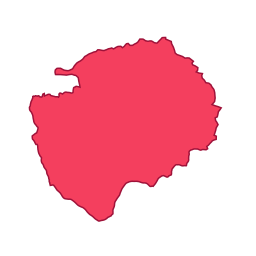 Buret, Rift Valley, Kenya (orthographic projection), rotated 76°
{"feature_id": "3690345B45419695798591", "entity_name": "Buret", "entity_type": "district", "adm_level": 2, "iso_a3": "KEN", "parent_name": "Kenya", "parent_adm1": "Rift Valley", "projection": "orthographic", "projection_center": [35.137, -0.558], "detail": "fine", "context": "isolated", "style": "filled", "palette": "rose", "viewbox_px": 256, "rotation_deg": 76, "n_neighbors": 0, "source": "geoboundaries", "source_scale": "gbopen_adm2", "svg_char_len": 5831}
<svg xmlns="http://www.w3.org/2000/svg" viewBox="0 0 256 256"><g transform="rotate(76 128 128)"><path d="M79.1,48.4L77.3,49.8L74.9,51.7L74.3,53.6L74.0,55.8L71.9,57.7L70.2,60.2L68.6,62.7L66.6,64.1L64.0,64.1L60.6,64.4L56.7,65.3L54.5,65.1L52.7,67.5L50.9,69.9L49.3,69.6L48.9,71.1L48.7,72.3L48.6,73.0L49.8,74.7L50.8,76.4L52.5,79.0L52.5,79.9L51.6,81.8L49.8,83.5L49.2,84.3L48.8,85.8L48.7,87.6L47.6,89.9L46.2,91.1L45.4,91.9L44.6,95.0L46.9,97.5L47.8,99.4L47.9,100.2L48.1,101.2L48.9,103.7L48.3,106.1L46.0,107.4L45.9,109.1L46.9,110.7L47.7,111.6L48.1,112.3L48.7,114.0L47.0,115.2L46.5,117.7L46.5,118.5L46.8,119.8L47.0,120.7L47.4,121.6L47.7,122.9L46.4,124.5L46.5,125.9L46.4,127.8L46.8,129.8L46.9,131.1L47.1,132.5L46.5,134.2L45.3,136.7L44.8,138.4L46.1,140.5L46.0,142.8L46.4,145.0L46.6,147.0L46.8,148.2L47.7,150.8L48.2,152.7L49.9,154.8L50.4,155.6L51.4,157.9L51.9,160.0L52.5,161.8L53.7,163.6L55.0,165.3L56.1,166.3L57.2,167.5L57.9,171.0L57.9,172.3L57.2,174.2L56.9,174.9L56.3,176.1L55.8,176.7L55.2,177.4L53.8,178.9L53.1,181.5L53.0,182.6L54.1,184.5L56.1,185.3L57.6,185.4L58.6,185.4L59.8,180.8L60.0,180.1L60.3,179.2L61.3,176.2L61.7,175.2L61.8,174.4L61.9,172.6L62.0,171.6L62.3,169.6L62.7,168.8L63.3,168.0L63.8,167.2L64.1,166.4L64.8,165.5L66.0,164.8L67.0,164.1L68.2,164.2L69.4,164.3L70.4,164.4L74.4,164.5L76.8,164.7L75.8,166.4L75.0,168.3L75.4,169.1L75.4,170.1L75.8,171.0L76.6,171.4L77.5,171.8L78.4,172.2L79.3,172.4L80.3,172.9L80.5,173.8L80.3,174.8L79.6,175.8L79.2,176.8L78.9,177.9L78.3,179.2L78.0,180.3L78.3,181.5L79.2,183.3L78.4,184.2L77.6,185.5L78.1,186.5L78.8,186.9L79.6,186.9L80.5,187.3L81.3,188.0L80.5,189.0L80.4,189.9L80.0,191.1L79.5,191.9L79.0,192.9L77.8,195.1L76.5,195.6L76.2,196.6L76.0,197.3L76.4,199.2L76.5,200.2L76.7,201.3L75.4,201.1L74.3,200.9L74.5,202.3L75.5,203.0L76.8,203.6L77.0,204.6L76.5,205.8L76.1,206.4L75.2,206.7L75.0,207.4L75.2,208.2L74.8,209.0L74.3,210.1L74.7,211.1L74.2,211.9L74.4,212.8L75.5,213.0L76.6,213.8L77.5,214.4L78.2,215.0L79.2,215.8L80.2,216.3L81.1,216.8L82.0,217.2L82.7,217.4L83.3,217.9L84.0,218.6L85.0,218.8L86.1,219.0L87.2,218.9L88.4,218.4L89.1,218.0L90.0,217.8L91.0,217.6L92.3,217.4L93.5,217.4L94.4,217.5L95.1,217.6L96.8,217.7L97.6,217.7L98.4,217.8L99.3,217.8L100.0,217.7L101.0,217.5L101.9,217.1L102.6,216.7L103.6,216.3L104.7,215.9L105.5,215.2L106.3,215.3L107.2,215.7L107.9,216.1L108.8,216.6L110.7,217.9L110.8,218.9L111.3,220.1L111.9,221.3L112.2,222.2L112.6,222.9L114.7,223.3L115.8,223.3L116.7,222.7L117.6,222.4L118.3,222.1L119.8,221.8L120.7,221.6L121.7,221.3L121.9,220.2L122.7,219.9L123.6,220.0L124.4,220.1L125.2,220.3L126.2,220.4L127.2,220.6L128.1,220.6L129.0,220.7L130.2,220.7L131.4,220.6L132.6,220.3L133.7,220.1L134.6,219.7L135.2,219.4L136.0,219.1L136.9,219.5L138.1,219.9L139.1,220.1L140.6,220.1L141.3,219.9L142.1,219.5L142.8,219.2L143.6,219.1L144.5,219.0L145.3,219.0L146.1,218.8L146.8,218.5L147.6,218.2L148.4,217.8L149.5,217.5L150.6,217.5L151.6,217.6L152.4,217.7L153.3,217.6L154.2,217.4L155.3,217.1L156.1,217.0L156.9,217.0L157.7,217.1L158.5,217.1L159.3,216.9L160.2,217.3L161.3,217.4L162.1,217.2L163.1,217.3L163.9,217.3L164.9,217.3L165.0,215.9L165.1,214.7L165.7,213.9L166.5,213.6L168.4,212.8L169.3,212.5L170.2,212.2L171.2,211.8L171.9,211.3L172.6,210.8L173.5,210.2L174.6,209.5L176.8,208.7L178.0,208.4L179.1,208.0L179.9,207.6L181.0,206.8L181.6,205.7L182.4,203.7L182.7,202.9L183.0,201.6L183.6,200.4L184.5,199.6L185.7,198.6L186.5,198.0L187.5,197.3L188.8,196.5L189.5,196.1L190.7,195.3L191.4,194.7L192.1,193.9L193.0,192.8L193.5,192.1L194.2,191.1L194.8,190.5L195.8,189.8L196.6,189.2L197.6,188.7L199.9,187.7L202.1,186.4L202.9,185.8L203.7,185.0L204.4,184.4L205.1,183.8L206.0,183.2L208.2,181.8L209.0,181.1L209.7,180.4L210.7,179.5L211.3,178.7L211.3,177.7L211.3,176.8L211.3,175.9L211.4,174.9L211.4,173.7L211.3,172.6L211.0,171.6L210.8,170.9L210.4,170.1L209.9,169.4L209.6,167.9L209.5,167.2L209.2,166.3L209.1,165.5L208.5,165.0L208.0,164.3L207.8,163.6L207.1,163.2L206.0,163.0L204.9,162.7L203.9,162.5L203.1,162.0L202.3,161.4L200.9,160.4L199.9,159.9L199.0,159.6L197.6,159.1L196.9,158.7L196.1,158.1L195.1,157.0L193.7,155.6L191.2,152.6L190.5,152.1L189.0,151.2L188.4,150.7L187.7,150.2L185.7,148.7L185.0,148.0L183.7,146.5L181.7,144.1L181.0,142.9L180.7,141.0L180.5,139.9L180.5,139.0L180.6,137.5L180.8,136.5L181.2,135.2L181.5,133.9L181.7,133.1L181.9,132.2L182.4,131.1L182.7,130.3L183.3,129.4L183.9,128.5L184.3,127.9L185.0,126.5L185.2,125.4L185.6,124.4L186.1,123.5L187.0,122.6L188.0,122.0L188.6,121.6L189.3,121.2L189.9,120.8L190.3,119.9L190.2,118.7L190.7,117.7L190.1,117.0L189.6,116.2L188.5,114.8L186.2,112.5L185.5,111.9L184.9,111.4L184.3,110.7L183.7,109.6L183.3,108.4L182.9,107.4L182.7,106.7L182.8,104.9L184.3,103.1L185.1,102.0L185.1,101.2L184.8,100.4L184.3,99.9L183.9,97.3L182.8,96.8L181.5,96.5L180.5,96.2L179.7,95.7L178.7,95.3L178.0,94.6L177.6,94.0L176.4,92.5L175.6,91.2L175.3,90.4L175.4,89.6L175.7,88.7L175.8,88.0L176.1,87.1L176.6,86.3L177.1,85.7L177.7,84.8L178.0,84.0L178.1,83.0L178.2,82.1L178.5,81.3L178.7,80.6L178.1,80.1L177.1,79.9L176.3,79.2L175.5,78.2L174.5,77.2L173.8,76.9L172.8,76.6L171.9,76.5L170.9,76.1L169.7,75.8L168.9,75.2L168.0,74.9L167.0,74.8L166.0,74.6L165.4,74.1L165.0,73.5L164.6,72.4L164.6,71.4L164.3,69.2L164.5,68.2L165.0,66.5L165.3,65.4L166.3,64.1L166.8,63.4L167.1,62.6L166.9,61.5L167.0,60.4L167.3,59.5L167.7,58.4L168.0,57.5L167.4,55.7L164.9,56.0L164.2,54.2L162.7,52.1L161.5,50.1L160.8,49.3L160.4,47.0L160.4,45.2L157.3,44.3L155.9,46.2L153.8,44.9L151.5,43.5L149.2,42.4L146.5,39.8L143.7,40.5L141.9,41.2L139.2,40.9L138.8,38.7L136.9,37.7L134.0,36.3L132.8,34.7L131.0,32.7L129.1,35.4L127.5,38.1L125.6,40.8L123.3,37.6L120.0,36.2L116.9,35.7L114.6,35.3L112.0,35.3L111.0,35.5L108.7,36.5L107.3,36.9L106.2,37.1L104.1,38.7L103.7,39.6L102.9,41.5L100.0,42.4L97.6,43.9L95.0,43.8L93.2,42.6L91.9,45.8L90.1,48.2L88.8,46.5L86.3,45.6L84.0,47.8L82.3,50.0L80.5,50.2L79.1,48.4Z" fill="#f43f5e" stroke="#9f1239" stroke-width="1.5"/></g></svg>